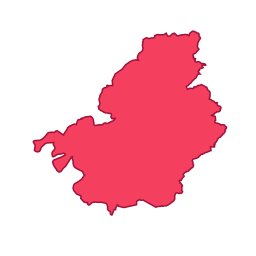 Ra, Western, Fiji (Equal Earth projection), rotated 257°
{"feature_id": "14151628B53541640625043", "entity_name": "Ra", "entity_type": "district", "adm_level": 2, "iso_a3": "FJI", "parent_name": "Fiji", "parent_adm1": "Western", "projection": "equal_earth", "projection_center": [178.211, -17.485], "detail": "fine", "context": "isolated", "style": "filled", "palette": "rose", "viewbox_px": 256, "rotation_deg": 257, "n_neighbors": 0, "source": "geoboundaries", "source_scale": "gbopen_adm2", "svg_char_len": 5863}
<svg xmlns="http://www.w3.org/2000/svg" viewBox="0 0 256 256"><g transform="rotate(257 128 128)"><path d="M68.4,171.9L69.8,171.4L70.5,171.4L70.7,171.7L71.9,173.6L72.6,177.6L73.1,178.0L73.9,179.8L74.7,180.7L74.9,181.9L75.6,182.8L77.4,183.6L78.5,183.4L80.6,183.5L81.9,183.2L83.0,184.3L83.1,188.1L83.6,190.2L84.2,190.6L85.1,192.2L85.7,192.9L85.8,193.9L85.6,194.7L85.9,195.2L86.0,196.2L86.6,197.6L86.8,200.6L87.1,201.5L87.1,202.2L87.4,202.7L87.3,203.9L91.0,204.0L90.6,205.7L90.5,206.9L90.0,207.5L90.2,208.1L91.1,208.5L91.8,208.0L92.6,208.1L92.8,208.4L92.7,209.2L93.9,209.5L94.5,210.8L97.7,213.6L98.1,214.7L98.3,216.0L98.8,216.5L100.1,218.6L100.5,218.5L101.1,220.2L101.6,220.8L103.4,222.3L104.7,222.2L105.4,223.6L106.2,224.1L106.9,224.1L108.1,223.0L109.2,222.7L109.9,221.3L110.1,219.1L110.8,218.7L112.2,217.0L113.1,214.9L113.7,214.2L114.6,213.9L115.1,214.1L115.9,215.2L119.7,215.6L121.4,212.3L121.6,212.6L121.8,214.1L122.2,215.2L123.1,216.0L123.3,217.4L123.8,218.0L123.4,219.6L123.7,221.1L124.4,221.9L125.8,222.1L125.8,222.7L127.2,223.2L128.4,222.7L128.9,221.9L129.1,221.0L129.6,220.5L131.1,220.2L132.0,220.3L132.6,220.7L132.8,220.2L132.2,219.6L132.3,219.2L132.8,219.1L133.3,218.5L134.5,217.8L135.8,216.3L137.1,215.1L138.0,213.6L140.1,215.0L144.5,216.0L146.5,214.9L147.5,214.1L150.1,213.9L150.1,213.5L150.4,212.9L152.0,211.6L152.4,210.9L153.9,209.2L153.5,208.5L153.5,208.1L153.5,206.7L153.8,206.0L153.4,204.8L152.8,203.9L153.2,201.5L151.8,200.7L152.8,197.0L152.3,194.7L152.6,194.5L155.3,194.1L155.8,194.6L155.7,195.5L155.8,196.0L157.2,198.1L157.5,199.1L158.8,200.8L159.5,201.4L160.6,203.7L161.0,204.1L161.6,205.6L163.0,206.6L165.0,208.6L164.6,208.9L164.7,209.5L164.4,210.3L167.4,208.9L167.7,209.3L168.0,210.6L168.9,210.6L169.5,211.5L169.9,214.9L170.1,214.9L170.4,214.3L171.4,213.9L172.3,214.4L172.4,215.3L171.8,217.2L171.8,217.9L172.9,217.5L174.0,215.6L174.2,214.0L175.8,213.0L176.6,211.9L177.0,211.2L176.6,209.3L177.8,208.2L178.6,208.8L179.3,208.7L180.4,209.3L180.6,208.1L180.5,207.8L181.3,207.5L181.7,207.5L182.3,208.1L183.3,207.6L185.1,208.1L185.9,211.0L187.0,212.2L187.3,212.9L188.9,214.9L190.7,213.9L192.8,214.1L193.6,214.8L195.5,215.2L196.0,216.0L197.6,217.1L199.0,218.8L200.9,218.4L201.7,217.8L203.4,218.4L203.6,217.9L204.7,217.7L205.0,216.5L205.9,216.1L206.6,214.8L207.3,214.2L207.7,213.3L207.8,212.4L206.8,210.3L205.7,209.0L204.3,208.4L204.1,208.1L205.5,207.0L206.3,204.9L206.5,201.9L206.7,201.4L206.8,200.1L206.5,197.4L207.3,196.2L209.0,195.4L209.1,194.8L209.9,194.5L210.0,194.1L209.8,192.4L208.6,190.5L208.2,189.6L208.3,188.9L208.5,187.7L209.0,187.1L211.8,186.6L210.9,183.7L211.7,179.6L212.2,178.7L212.4,177.9L212.1,174.8L210.7,174.7L210.1,173.7L210.2,172.3L210.6,170.3L210.2,168.7L211.1,167.6L211.8,166.1L210.7,162.6L209.0,162.2L208.4,161.5L208.1,161.4L207.3,161.7L207.0,161.6L206.0,160.8L205.2,160.6L202.6,160.6L201.4,160.2L200.1,159.4L199.4,158.6L198.5,155.9L196.7,154.1L194.7,153.0L193.7,152.8L191.7,153.4L192.6,151.1L192.8,147.9L192.1,144.5L190.0,139.7L186.8,135.9L183.5,127.7L177.9,123.3L172.9,122.6L173.3,120.8L173.4,118.8L174.3,117.5L174.1,116.9L172.6,116.7L172.3,115.6L172.6,114.5L172.4,113.6L171.7,112.1L170.2,111.2L168.7,110.9L168.1,109.9L165.7,107.8L164.6,107.5L162.7,106.3L161.6,106.1L158.3,106.2L156.4,105.2L155.8,104.4L155.8,103.9L153.0,103.9L153.0,104.3L151.4,105.1L149.9,107.0L148.6,108.2L147.7,109.8L147.0,112.1L146.4,112.7L146.1,114.4L145.4,114.9L144.3,114.9L144.1,114.6L142.6,113.9L142.1,113.9L141.9,114.3L140.9,114.3L140.4,115.1L140.6,117.5L140.2,117.8L138.4,115.5L138.1,113.2L137.1,109.9L137.2,108.5L138.0,107.2L138.1,106.6L138.0,105.6L137.0,103.7L137.0,102.3L137.5,101.4L137.8,99.0L137.7,98.2L137.9,96.5L138.5,95.7L139.2,95.5L140.2,95.9L143.9,96.0L145.8,95.7L146.7,95.2L147.8,94.1L148.4,89.3L148.2,87.8L147.4,85.3L148.0,85.3L148.0,84.8L147.9,84.4L147.1,83.8L147.1,82.6L147.2,82.3L147.1,81.2L146.8,80.6L143.0,78.4L143.6,77.5L143.9,76.2L143.0,71.8L141.9,69.3L140.6,68.4L136.7,64.3L135.6,63.6L141.0,58.7L141.2,58.3L141.3,57.1L140.4,55.5L140.3,54.7L140.9,53.6L141.2,52.1L141.4,49.5L141.2,48.8L138.1,44.9L136.8,42.5L135.8,39.8L136.7,34.7L136.6,33.4L136.2,32.8L135.5,32.6L132.2,33.6L131.2,33.4L127.7,31.9L126.9,31.9L125.9,33.0L125.2,34.1L125.0,35.4L125.2,36.4L125.7,37.2L128.7,39.2L131.4,44.0L131.6,44.8L131.6,46.0L130.5,52.3L130.0,51.8L128.7,51.5L125.0,52.6L122.9,50.8L122.0,49.2L121.0,48.5L119.6,48.1L117.6,48.0L116.8,48.5L116.9,49.8L118.1,53.3L118.2,54.3L117.9,55.1L117.7,57.2L118.0,58.3L117.9,59.5L117.3,60.5L116.0,61.0L114.5,55.8L114.4,54.0L113.4,48.4L112.3,47.2L111.6,46.9L109.4,47.0L105.5,48.1L104.3,48.8L102.8,49.1L101.4,50.0L100.5,51.0L100.9,53.1L103.3,55.9L104.8,58.7L112.2,66.2L112.8,67.1L112.3,67.4L111.7,66.8L107.7,67.1L106.9,66.7L104.2,66.5L102.3,66.9L100.3,68.5L95.7,74.0L94.3,74.1L92.6,74.6L92.0,75.2L91.4,74.3L88.6,71.5L86.9,67.5L85.6,63.3L84.4,62.1L81.7,60.9L79.2,61.1L75.2,63.1L72.4,67.0L70.0,66.1L65.6,68.6L65.0,69.8L64.3,71.8L63.8,71.5L62.8,71.5L61.8,72.3L61.8,73.4L63.3,75.9L63.4,77.6L63.1,80.1L62.4,81.6L61.6,85.4L59.6,89.6L58.5,90.3L55.4,90.4L53.9,89.9L53.4,90.0L52.1,90.3L51.7,90.6L51.5,91.3L50.7,91.9L48.2,91.5L47.1,92.1L46.9,92.8L48.0,93.7L51.6,96.0L51.6,96.9L51.2,97.5L51.3,97.7L52.1,97.8L54.2,98.9L54.6,100.2L55.3,100.1L55.4,100.3L55.0,100.9L54.0,101.1L53.7,101.4L51.4,106.2L51.3,119.1L54.4,119.8L55.0,120.8L55.1,121.8L55.7,123.2L54.8,124.1L54.6,124.8L54.4,126.5L44.5,137.4L44.9,138.2L44.7,138.9L44.7,140.6L44.4,141.3L44.3,142.5L44.8,143.3L43.9,144.1L43.9,146.2L43.6,147.9L43.8,148.9L44.5,151.3L46.8,156.3L48.4,157.7L49.8,157.8L52.5,158.8L53.7,160.1L53.9,160.5L53.8,161.3L52.8,162.7L52.4,165.1L52.6,165.8L53.6,166.9L55.2,166.3L56.6,166.9L58.8,167.1L59.1,167.3L59.2,168.0L59.4,168.0L60.3,167.7L60.7,167.8L61.3,167.2L62.1,167.2L62.5,166.9L62.8,166.2L63.4,166.5L64.9,166.0L65.2,166.1L65.0,168.1L65.6,168.4L65.8,168.8L66.6,169.4L67.7,170.7L68.4,171.9Z" fill="#f43f5e" stroke="#9f1239" stroke-width="1.5"/></g></svg>